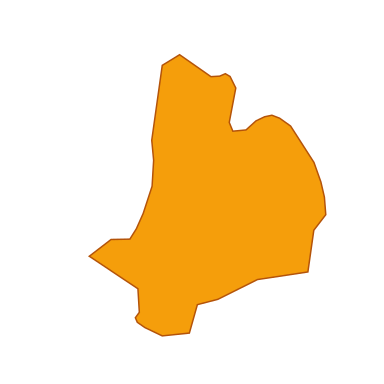 an SVG outline of Škocjan, rotated 61°
{"feature_id": "SVN-989", "entity_name": "Škocjan", "entity_type": "Municipality", "adm_level": 1, "iso_a3": "SVN", "parent_name": "Slovenia", "parent_adm1": "", "projection": "equal_earth", "projection_center": [15.306, 45.911], "detail": "fine", "context": "isolated", "style": "filled", "palette": "amber", "viewbox_px": 384, "rotation_deg": 61, "n_neighbors": 0, "source": "natural_earth", "source_scale": "10m", "svg_char_len": 640}
<svg xmlns="http://www.w3.org/2000/svg" viewBox="0 0 384 384"><g transform="rotate(61 192 192)"><path d="M198.4,313.0L194.3,285.8L203.1,269.2L197.2,258.5L187.1,245.1L167.6,224.1L145.7,210.2L127.2,202.1L66.8,156.6L65.9,136.3L100.3,119.5L104.1,111.6L104.7,105.5L109.4,102.7L122.3,103.3L149.2,125.7L158.6,126.8L163.9,114.7L160.8,101.5L161.4,92.0L163.6,84.9L169.9,79.6L182.1,73.8L225.3,71.0L245.7,74.4L260.7,78.7L276.7,86.0L284.5,104.0L318.1,129.4L300.3,177.2L298.4,221.4L293.1,241.9L314.1,262.7L303.4,287.8L287.8,298.9L279.5,303.0L274.5,302.5L271.7,296.4L250.4,286.2L198.4,313.0Z" fill="#f59e0b" stroke="#b45309" stroke-width="1.5"/></g></svg>